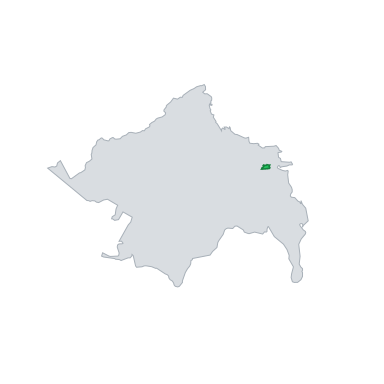 location of Mutatá, Antioquia, Colombia, rotated 119°
{"feature_id": "7082276B10402397965480", "entity_name": "Mutatá", "entity_type": "district", "adm_level": 2, "iso_a3": "COL", "parent_name": "Colombia", "parent_adm1": "Antioquia", "projection": "mercator", "projection_center": [-76.456, 7.344], "detail": "fine", "context": "in_parent", "style": "filled", "palette": "green", "viewbox_px": 384, "rotation_deg": 119, "n_neighbors": 0, "source": "geoboundaries", "source_scale": "gbopen_adm2", "svg_char_len": 5006}
<svg xmlns="http://www.w3.org/2000/svg" viewBox="0 0 384 384"><g transform="rotate(119 192 192)"><path d="M218.8,63.8L215.3,65.2L208.3,67.0L203.5,74.9L200.3,76.3L196.3,81.0L193.3,86.7L191.1,98.4L185.2,108.4L185.7,108.8L188.0,108.4L190.2,107.3L191.0,107.6L191.8,109.3L194.5,109.8L196.7,117.8L200.8,121.9L201.2,123.4L201.7,126.8L200.3,128.8L199.9,136.1L201.1,137.9L204.2,138.7L206.2,143.2L207.5,144.3L209.4,145.0L213.9,144.2L222.0,145.0L223.8,144.9L228.4,143.3L234.1,145.2L238.4,145.6L249.9,159.3L251.1,158.9L252.5,159.7L255.5,158.3L258.0,158.1L261.3,158.7L265.6,158.8L274.4,157.3L275.7,156.5L280.5,157.3L281.9,158.4L282.6,160.9L282.0,162.5L280.4,164.1L279.4,166.1L279.3,168.6L278.4,170.5L276.9,171.7L276.3,173.4L276.6,175.7L275.8,186.0L276.4,186.8L276.9,191.1L278.9,196.6L279.9,198.1L281.6,199.4L284.7,204.0L284.0,205.5L276.1,212.6L275.7,214.2L277.2,213.6L279.6,214.2L280.5,215.9L286.3,220.8L286.3,222.7L287.9,226.4L287.7,227.3L291.7,237.8L291.9,240.0L288.5,240.7L288.3,233.6L287.9,232.1L284.0,225.8L283.2,225.3L280.7,226.1L276.4,230.7L274.4,231.4L272.8,230.7L271.2,228.0L270.2,227.5L269.2,229.8L270.5,231.9L251.7,231.8L248.0,231.0L243.0,232.1L242.9,242.7L251.8,242.9L254.3,245.9L254.0,248.4L254.4,249.3L252.3,249.8L249.2,248.1L243.7,250.2L239.6,250.6L239.3,262.4L241.8,265.4L246.5,268.5L247.2,270.7L246.9,272.7L248.0,275.2L249.6,276.6L249.6,278.1L250.4,279.8L241.1,329.8L237.7,326.8L236.6,324.0L234.9,322.9L231.8,323.7L228.4,322.3L239.3,305.4L238.9,303.9L229.9,299.7L228.9,298.6L224.6,296.4L222.2,297.1L220.8,298.2L217.5,298.5L214.9,296.7L211.7,295.5L207.9,298.4L206.7,298.4L204.0,299.6L201.1,300.1L197.3,298.8L194.3,299.7L192.2,299.5L191.4,298.6L188.7,297.6L188.4,296.5L189.1,294.4L188.0,290.2L187.5,289.5L185.4,289.5L183.0,288.0L182.6,287.1L183.1,285.4L182.6,284.0L180.3,280.7L177.0,279.8L173.9,277.1L170.7,276.1L169.3,274.1L167.9,269.7L164.6,266.2L162.3,265.1L161.6,263.4L159.2,263.2L156.0,261.0L154.6,260.8L153.6,261.9L150.7,260.8L148.2,259.1L145.5,258.7L143.9,257.7L140.8,254.5L137.4,252.9L135.5,253.5L134.9,255.8L133.7,256.3L129.9,255.7L129.3,256.2L128.2,256.1L123.6,254.3L118.9,253.7L117.8,249.7L114.8,248.2L113.9,246.4L111.8,246.6L103.9,242.9L100.6,240.4L97.8,239.0L94.9,236.2L94.4,235.1L92.1,233.4L93.3,231.3L96.0,229.7L99.5,231.0L100.0,228.5L98.7,226.3L99.3,221.4L100.2,220.3L102.2,219.3L103.4,219.7L104.1,218.9L107.0,219.2L107.9,218.9L110.1,216.9L111.1,215.3L112.1,215.5L114.4,212.8L114.0,210.2L116.3,209.6L118.6,205.2L119.6,205.1L120.1,203.0L124.2,195.8L122.7,196.6L121.1,196.1L121.4,193.7L120.9,193.4L119.6,195.3L118.4,193.3L118.7,190.3L116.9,190.8L117.0,190.1L119.6,187.8L120.7,182.4L119.9,180.5L119.3,172.5L118.8,171.0L116.7,169.0L120.1,166.7L121.3,165.0L119.8,161.4L117.7,158.4L117.7,156.6L118.9,156.8L119.4,151.8L118.2,149.9L116.8,149.9L112.2,142.5L110.6,141.0L111.8,137.5L113.2,135.9L112.9,133.2L113.8,133.3L115.8,135.8L116.6,135.4L119.7,133.1L119.8,130.9L122.2,128.7L118.7,121.1L117.6,119.9L119.0,117.5L119.8,117.6L121.1,120.0L123.3,121.6L126.5,125.8L127.9,126.7L126.9,127.7L126.7,128.7L127.1,129.2L128.9,129.4L129.7,128.2L129.2,123.1L128.4,120.5L126.7,118.7L127.3,117.9L130.5,116.7L137.3,111.8L139.7,107.2L141.4,105.5L143.4,104.4L145.9,104.7L147.8,104.1L148.4,102.6L147.1,99.4L148.6,95.1L148.5,92.8L149.5,91.5L149.1,91.0L146.7,92.5L149.2,89.5L151.0,84.7L160.9,76.4L167.3,78.4L169.3,78.3L166.7,79.3L166.3,80.5L167.2,81.8L168.2,82.1L169.0,81.3L171.2,76.4L171.5,73.8L172.4,72.8L173.8,72.5L180.1,73.7L186.0,73.3L195.8,66.3L203.1,63.3L204.9,60.4L205.4,58.3L206.7,57.4L208.1,57.4L209.0,56.2L212.3,54.4L215.9,54.2L219.8,55.8L221.5,58.7L221.8,60.7L218.8,63.8ZM107.1,218.3L106.7,218.7L105.8,218.1L105.6,217.2L106.1,216.6L106.7,216.8L107.1,218.3Z" fill="#d9dde1" stroke="#a8b0b8" stroke-width="1"/><path d="M131.3,137.0L130.7,137.0L130.8,137.2L131.0,137.4L131.7,139.4L131.7,139.6L131.8,139.6L132.0,139.6L132.1,139.8L132.3,139.9L132.5,139.9L132.5,140.0L132.6,140.3L132.8,140.4L132.9,140.5L133.0,140.5L133.2,140.8L133.3,140.9L133.3,141.0L133.4,141.3L133.5,141.4L133.4,141.4L133.5,141.4L133.5,141.5L133.5,141.8L133.6,142.0L133.7,142.3L133.8,142.4L133.8,142.5L134.1,142.5L134.3,142.6L134.4,142.4L134.5,142.4L134.6,142.2L134.8,141.9L134.7,141.7L134.8,141.6L135.0,141.7L135.3,141.7L135.5,141.7L135.5,141.8L135.8,141.8L136.0,141.8L136.3,141.9L136.3,142.0L136.5,142.0L136.7,142.3L136.8,142.2L137.0,142.2L137.0,142.3L137.3,142.3L137.5,142.4L137.8,142.2L137.8,142.3L138.0,142.3L138.3,142.3L136.9,140.1L136.7,139.9L136.6,139.7L136.5,139.4L136.4,139.4L136.3,139.1L136.2,139.1L136.1,138.9L135.9,138.7L135.7,138.4L135.5,138.2L135.4,138.1L135.2,137.9L135.0,137.7L134.9,137.6L134.9,137.4L134.7,137.2L134.6,136.9L134.4,136.8L134.4,136.7L134.5,136.7L134.4,136.6L134.4,136.4L134.3,136.2L134.2,136.2L134.0,135.9L133.9,135.9L133.8,135.7L133.7,135.6L133.3,135.7L133.2,135.7L133.2,135.8L133.0,136.0L132.9,136.0L132.7,136.0L132.6,136.3L132.5,136.5L132.4,136.6L132.4,136.8L132.2,136.8L132.1,137.0L131.8,137.1L131.7,137.3L131.7,137.2L131.4,137.1L131.3,137.0Z" fill="#22c55e" stroke="#15803d" stroke-width="1.5"/></g></svg>